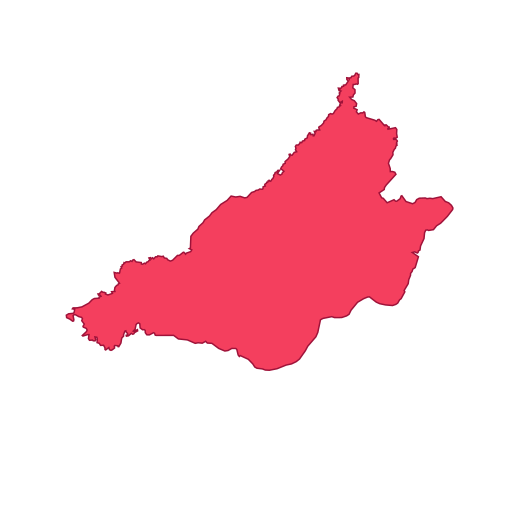 outline of Mbinga, Ruvuma, United Republic of Tanzania, rotated 241°
{"feature_id": "72390352B96762734199587", "entity_name": "Mbinga", "entity_type": "district", "adm_level": 2, "iso_a3": "TZA", "parent_name": "United Republic of Tanzania", "parent_adm1": "Ruvuma", "projection": "orthographic", "projection_center": [35.084, -10.703], "detail": "fine", "context": "isolated", "style": "filled", "palette": "rose", "viewbox_px": 512, "rotation_deg": 241, "n_neighbors": 0, "source": "geoboundaries", "source_scale": "gbopen_adm2", "svg_char_len": 6104}
<svg xmlns="http://www.w3.org/2000/svg" viewBox="0 0 512 512"><g transform="rotate(241 256 256)"><path d="M188.0,182.7L186.9,185.7L186.9,190.0L184.9,193.5L183.5,193.9L178.1,192.4L176.2,192.7L176.5,194.0L169.4,199.2L163.1,200.9L159.5,201.1L157.4,202.4L154.1,206.9L151.8,208.8L149.6,212.3L147.2,219.8L146.0,229.5L144.4,234.8L144.1,240.0L144.8,244.1L149.2,253.2L152.0,257.5L156.3,269.2L159.2,273.0L168.9,281.4L169.0,282.5L168.9,284.5L166.2,292.9L164.1,294.8L162.0,298.5L160.6,301.3L159.7,306.2L159.9,309.1L162.5,312.8L166.3,322.4L166.5,329.5L166.0,333.7L165.3,335.4L157.4,338.8L154.3,341.1L150.4,345.6L146.5,351.4L145.9,354.8L146.1,357.1L148.1,360.4L148.3,362.2L151.8,367.7L152.5,368.8L154.0,368.8L158.0,375.7L161.2,378.1L164.2,381.8L165.8,382.7L166.8,385.0L168.5,386.8L168.7,389.6L176.6,397.7L183.3,394.4L182.7,396.8L180.4,398.5L180.5,399.4L181.7,400.6L181.7,402.3L185.0,404.8L189.8,411.4L194.6,414.7L196.3,416.9L195.8,418.5L194.7,419.3L193.0,424.0L194.9,428.6L195.2,433.5L197.9,442.6L201.3,450.5L202.5,451.5L205.6,451.5L209.1,450.3L211.9,448.0L218.1,446.6L220.5,438.4L222.2,436.1L223.3,433.3L224.6,432.3L227.4,426.8L227.4,423.9L225.7,421.0L225.8,418.3L230.9,413.6L238.0,412.8L238.1,412.0L236.2,409.8L235.7,405.6L236.3,404.6L238.3,404.0L239.0,396.5L244.7,395.3L246.0,394.1L251.5,394.2L252.0,400.4L253.5,401.5L254.9,404.2L259.6,418.0L262.0,418.0L263.9,416.1L264.7,414.4L267.5,415.8L272.9,416.8L275.6,419.7L275.7,420.7L278.1,424.9L280.3,425.9L282.2,428.6L282.7,430.2L284.2,431.5L284.6,433.2L285.9,433.0L286.3,433.9L287.3,434.1L287.9,435.3L288.7,435.4L290.2,434.8L291.3,432.9L291.9,433.0L292.3,433.9L291.2,435.4L291.4,437.1L294.9,438.3L298.4,440.5L300.6,440.2L302.9,432.9L303.4,433.0L303.5,434.5L304.2,435.0L304.7,434.3L307.5,433.5L308.0,432.5L307.4,432.0L307.7,431.6L315.8,429.9L316.2,428.7L315.4,426.7L317.2,425.7L323.6,419.5L324.8,419.2L328.8,420.7L329.7,420.3L329.4,418.7L330.4,417.1L330.6,414.3L333.4,413.7L334.9,415.4L337.9,413.2L339.0,414.0L338.4,416.2L340.5,417.9L344.1,417.3L346.6,415.5L349.5,414.9L348.1,417.8L349.7,419.3L350.5,421.6L353.5,423.2L356.2,422.2L358.9,424.2L358.1,425.6L358.0,427.0L357.0,428.0L357.2,428.9L362.2,431.6L362.3,432.4L364.9,434.0L365.3,433.1L366.9,433.0L367.5,431.9L366.2,430.0L366.0,428.7L366.8,426.8L365.9,425.5L366.4,424.1L365.6,423.4L366.8,423.3L367.9,421.8L366.2,421.0L364.3,421.6L362.2,417.5L363.0,415.4L362.0,414.9L362.6,413.3L361.9,412.7L361.6,411.3L362.9,409.4L360.8,408.9L361.0,410.1L360.0,409.4L359.1,410.3L358.3,408.0L358.6,407.5L357.6,408.1L355.8,406.5L356.0,405.2L355.2,403.7L353.5,404.0L352.4,403.3L349.5,403.7L349.5,406.5L348.2,405.7L348.9,404.3L347.9,402.9L345.9,403.0L347.3,402.4L346.1,400.9L346.5,399.2L345.6,398.4L344.8,395.6L343.1,392.8L343.2,391.3L344.4,390.3L344.4,388.1L342.9,387.0L342.4,385.1L341.2,383.3L341.0,380.9L339.5,379.5L338.5,376.4L338.4,373.7L337.8,373.1L335.4,372.8L336.7,370.2L336.7,369.4L335.8,368.8L336.7,367.4L334.7,367.2L333.0,365.1L333.3,364.3L334.9,364.8L335.5,362.8L336.3,362.6L337.0,363.3L337.9,362.4L336.1,359.2L334.5,358.2L334.5,355.2L333.4,354.5L334.0,352.4L333.0,350.9L334.1,349.7L333.3,349.0L332.6,346.9L333.5,345.0L332.7,343.5L330.9,343.2L329.8,342.0L327.5,342.1L328.1,339.7L326.6,336.4L327.1,335.5L328.6,335.3L328.8,334.2L326.6,333.7L325.3,331.0L324.5,327.2L322.9,326.5L323.1,324.2L321.9,323.2L321.5,321.5L320.4,320.0L316.6,321.5L315.9,319.2L315.1,318.5L315.0,316.5L317.7,314.7L319.5,318.3L320.3,316.6L319.5,315.0L319.7,313.2L318.6,312.1L318.1,310.5L317.0,310.2L315.5,308.2L315.4,307.1L314.4,305.6L314.4,304.8L315.8,304.2L315.3,303.6L315.8,303.0L314.8,301.9L315.3,301.1L314.5,300.2L314.5,298.7L314.0,298.1L312.7,298.0L313.1,295.8L311.4,294.6L311.4,293.7L312.8,291.7L312.6,290.0L313.4,287.8L313.1,286.0L313.7,282.9L311.6,276.6L312.3,274.3L315.9,271.0L317.4,266.9L320.5,263.3L318.6,257.7L318.2,250.1L315.8,243.7L315.2,238.5L313.5,234.7L312.5,228.6L310.8,225.8L309.5,220.4L307.7,218.2L306.4,212.2L304.8,208.6L294.8,202.5L294.8,201.2L292.5,202.8L291.5,201.0L292.3,196.4L291.7,195.3L294.3,194.7L294.5,194.1L293.7,189.2L294.6,187.6L292.7,180.9L293.1,178.6L295.4,177.0L297.2,176.8L298.7,174.9L300.8,174.8L301.1,173.4L303.7,170.2L303.2,169.1L304.0,167.8L303.1,165.2L304.6,164.7L304.3,163.0L305.7,163.0L306.2,161.4L303.8,161.3L303.9,160.1L303.3,158.9L303.6,157.5L302.8,155.6L303.8,155.0L303.8,152.8L304.5,151.9L305.9,152.5L308.9,148.3L312.0,147.5L312.2,146.1L311.4,144.9L312.6,144.0L312.4,142.2L313.9,139.5L313.5,137.9L314.2,137.4L313.0,136.2L313.0,134.5L312.0,134.2L312.1,132.8L310.6,132.7L310.4,131.1L307.4,128.6L307.2,128.0L308.3,127.0L308.5,126.0L310.4,124.0L305.7,122.3L298.3,123.4L298.4,122.1L297.7,121.4L297.8,119.8L296.9,117.4L294.7,115.6L293.4,115.4L294.8,112.4L292.9,112.3L293.7,107.6L295.7,105.9L296.4,106.7L298.0,105.5L298.3,104.6L299.9,103.8L298.9,100.5L299.4,99.4L298.1,99.3L297.2,100.8L295.9,100.9L296.2,98.9L295.2,98.3L297.2,94.0L297.2,91.5L295.8,86.9L295.9,79.1L297.4,74.4L299.3,70.8L298.8,69.8L297.3,71.6L294.6,69.4L294.6,68.1L296.3,64.1L296.2,61.4L293.9,60.5L291.0,62.6L287.9,64.0L287.6,64.9L288.5,65.8L292.5,67.1L292.9,68.4L292.2,69.6L288.9,71.6L286.9,73.7L285.3,73.8L283.9,72.2L279.7,72.8L278.4,70.6L277.5,70.5L274.9,72.5L273.1,72.4L272.1,71.1L270.7,65.5L269.9,65.8L268.9,70.5L268.2,71.8L265.0,69.4L263.0,69.5L261.7,72.3L260.8,72.5L259.8,74.1L260.5,75.2L263.3,75.9L262.1,77.4L260.4,77.0L257.3,75.0L255.6,76.6L253.2,76.7L251.8,79.4L249.0,79.4L247.4,78.6L246.7,79.0L247.3,82.9L245.1,82.4L243.8,83.4L243.6,84.7L244.1,87.7L245.9,88.4L246.2,89.1L244.5,91.6L243.6,91.4L243.2,92.0L245.4,95.7L248.5,98.1L249.4,99.0L250.1,101.3L251.4,102.0L253.9,104.9L253.7,105.9L252.3,105.6L250.5,106.1L249.3,105.6L249.6,104.0L248.7,103.8L248.0,105.9L248.8,109.4L247.3,110.3L247.2,111.4L247.9,112.7L247.9,116.2L249.1,116.6L249.3,112.7L249.8,112.2L250.6,114.8L254.1,117.8L254.6,119.1L254.5,120.8L253.0,121.5L249.3,119.8L246.5,121.0L245.7,122.6L244.6,123.0L242.6,122.0L240.0,122.3L238.7,124.6L238.6,129.2L237.6,129.8L235.6,129.5L234.9,130.3L226.5,145.5L221.1,147.9L215.9,155.3L209.1,160.5L208.2,163.3L205.8,166.8L205.8,170.6L203.5,171.2L201.0,175.1L193.2,178.6L188.0,182.7Z" fill="#f43f5e" stroke="#9f1239" stroke-width="1.5"/></g></svg>